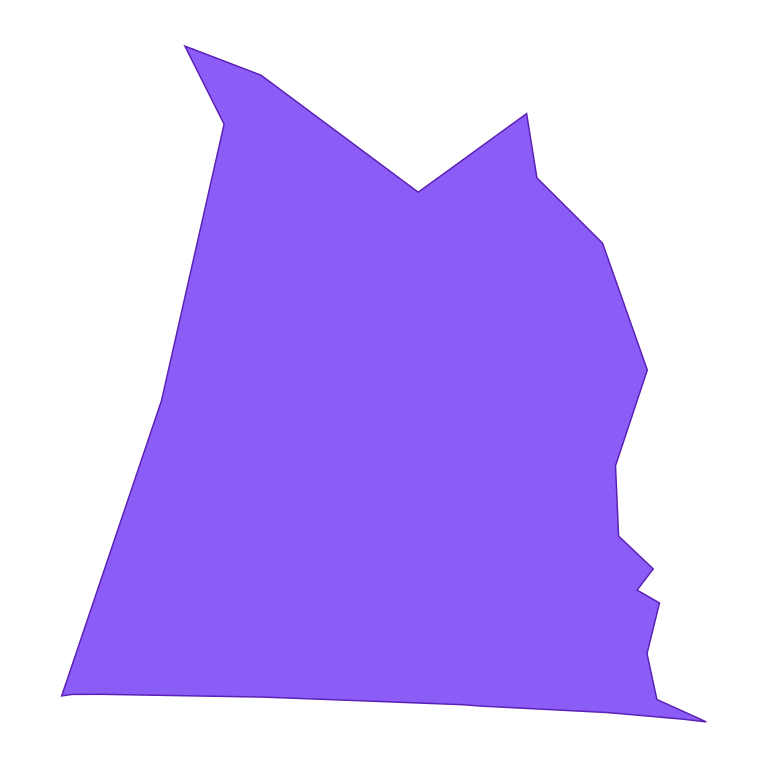 outline of Clinton, Kentucky, United States of America
{"feature_id": "52423323B366346892097", "entity_name": "Clinton", "entity_type": "district", "adm_level": 2, "iso_a3": "USA", "parent_name": "United States of America", "parent_adm1": "Kentucky", "projection": "albers", "projection_center": [-85.096, 36.751], "detail": "fine", "context": "isolated", "style": "filled", "palette": "violet", "viewbox_px": 768, "rotation_deg": 0, "n_neighbors": 0, "source": "geoboundaries", "source_scale": "gbopen_adm2", "svg_char_len": 440}
<svg xmlns="http://www.w3.org/2000/svg" viewBox="0 0 768 768"><path d="M526.6,113.6L418.2,192.2L261.0,75.2L184.9,46.1L224.1,124.2L161.5,400.6L61.7,695.9L72.3,694.4L101.1,694.3L263.6,697.1L462.9,704.7L482.4,706.2L606.4,712.5L683.1,719.2L706.3,721.9L656.9,699.5L647.0,653.6L659.5,603.0L637.1,590.1L653.2,568.9L618.6,536.1L615.5,465.8L647.3,370.0L602.6,243.3L536.9,177.8L526.6,113.6Z" fill="#8b5cf6" stroke="#5b21b6" stroke-width="1.5"/></svg>